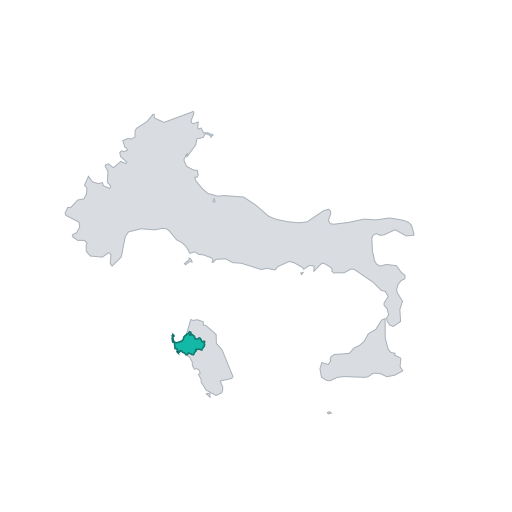 Italy, with Sassari highlighted, rotated 331°
{"feature_id": "ITA-5374", "entity_name": "Sassari", "entity_type": "Province", "adm_level": 1, "iso_a3": "ITA", "parent_name": "Italy", "parent_adm1": "", "projection": "albers", "projection_center": [8.617, 40.716], "detail": "fine", "context": "in_parent", "style": "filled", "palette": "teal", "viewbox_px": 512, "rotation_deg": 331, "n_neighbors": 0, "source": "natural_earth", "source_scale": "10m", "svg_char_len": 6117}
<svg xmlns="http://www.w3.org/2000/svg" viewBox="0 0 512 512"><g transform="rotate(331 256 256)"><path d="M115.0,122.2L117.5,123.8L127.2,120.6L133.1,122.6L137.9,119.5L141.1,114.6L140.4,110.9L148.1,105.1L148.9,111.8L153.2,116.3L157.4,117.5L156.4,120.2L160.6,125.8L162.2,125.2L162.8,124.2L161.7,119.5L167.5,110.4L167.7,104.1L168.7,103.4L171.6,103.8L174.0,109.7L183.6,107.7L187.0,112.1L188.5,111.2L185.8,103.6L186.9,99.6L189.4,98.9L191.3,100.7L195.0,101.2L195.1,98.8L194.1,97.3L195.3,90.6L200.8,91.1L204.1,93.4L207.9,93.2L211.0,87.8L213.5,86.4L225.8,85.6L234.8,82.1L235.6,82.8L234.1,85.4L234.7,87.0L240.4,94.6L271.3,99.2L270.9,101.1L264.7,106.4L264.3,108.3L265.4,109.9L270.4,110.8L267.2,115.6L267.3,117.3L270.0,117.4L269.9,123.1L273.3,124.6L277.2,129.3L273.6,130.4L275.0,129.0L271.1,124.4L267.3,126.7L261.1,124.9L257.2,129.6L243.2,136.0L245.6,133.3L244.5,133.3L239.5,136.9L238.7,143.8L242.9,150.4L246.2,152.7L244.9,156.9L243.1,158.5L240.5,157.5L239.9,161.2L241.7,171.0L244.2,177.9L251.7,185.3L257.1,187.5L273.7,198.4L280.4,211.2L286.4,227.5L291.1,233.4L300.6,241.6L309.2,247.5L317.0,250.9L336.9,249.2L342.1,250.2L342.9,252.9L342.1,254.9L336.6,260.0L336.5,263.7L339.6,266.0L353.8,271.7L368.3,276.1L378.4,282.6L391.3,287.5L401.9,296.0L405.8,300.7L406.9,304.5L405.3,311.5L404.3,314.4L397.1,311.3L390.4,300.4L378.1,299.6L374.4,298.0L372.1,294.7L368.2,294.7L365.8,296.8L360.2,308.2L357.4,317.9L357.5,321.7L359.8,325.1L365.9,326.6L374.1,332.5L375.1,340.7L376.9,345.2L375.1,348.1L371.2,347.8L366.3,349.9L362.9,353.3L361.7,356.3L362.2,366.6L355.8,372.6L350.7,383.4L341.9,384.2L339.5,381.2L339.1,376.5L340.3,373.4L343.5,371.8L345.1,365.5L344.1,361.2L345.2,359.2L352.0,355.6L351.8,349.5L348.9,346.9L345.8,336.0L335.4,315.3L332.5,313.4L325.0,313.4L315.7,308.4L315.0,306.1L316.3,303.7L315.1,300.7L311.9,295.4L309.9,294.3L299.2,297.4L302.0,292.8L297.9,290.2L291.2,290.7L291.2,288.7L285.9,280.2L282.4,276.9L270.0,275.8L266.1,277.5L259.7,272.2L254.1,270.4L239.5,255.1L232.5,250.6L228.1,243.8L219.4,239.5L215.6,240.8L214.6,239.9L216.6,238.5L216.1,235.9L210.2,229.2L206.8,227.0L204.3,222.6L199.5,221.7L199.5,213.7L197.6,208.1L194.4,203.4L192.3,192.0L190.9,188.8L187.4,186.4L179.7,183.8L168.9,176.6L156.2,173.1L151.0,175.7L137.7,191.5L125.2,195.1L124.9,191.8L129.8,184.5L128.8,181.7L121.1,182.5L111.1,175.7L109.8,169.7L112.7,164.2L114.5,162.9L113.6,159.2L107.6,155.9L105.2,150.9L105.1,149.2L106.6,148.3L110.2,148.7L115.9,145.3L117.6,140.6L109.4,128.3L109.8,125.9L115.0,122.2ZM246.8,188.6L247.1,185.6L244.6,187.6L245.4,188.9L246.8,188.6ZM338.6,373.4L329.2,390.4L326.4,401.7L327.2,405.8L330.5,408.6L329.1,409.9L332.7,414.8L332.8,416.3L328.4,422.5L328.7,427.6L319.5,427.5L311.9,425.0L307.9,419.4L304.8,417.1L301.6,415.4L295.2,415.9L292.3,414.9L274.7,404.2L268.0,401.5L260.3,401.1L257.2,398.7L254.5,393.7L257.2,385.7L261.9,381.1L266.6,385.9L270.5,384.0L270.6,382.4L273.2,380.3L276.7,380.1L290.3,386.4L297.1,384.0L303.5,384.4L309.2,383.1L316.5,378.5L325.2,378.3L334.9,372.9L338.6,373.4ZM178.5,292.4L183.1,305.3L179.0,313.1L180.8,321.6L177.4,350.4L175.4,351.3L164.1,348.0L163.3,354.6L161.8,357.3L159.6,359.0L153.4,358.6L147.4,349.2L146.9,339.8L148.2,337.1L148.3,331.7L150.6,331.4L150.8,327.8L149.5,325.8L147.2,325.1L147.2,321.1L148.8,317.9L148.9,312.5L145.8,305.4L141.7,300.3L142.6,291.5L146.1,293.8L151.5,293.7L157.8,290.3L168.1,279.9L169.5,281.7L173.9,283.4L178.0,287.9L176.5,290.8L178.5,292.4ZM196.6,225.4L197.6,227.5L197.3,230.3L195.2,228.7L190.2,229.5L189.6,228.0L195.8,226.7L196.6,225.4ZM149.0,353.8L147.5,357.2L145.8,352.8L146.1,352.2L149.0,353.8ZM145.7,285.2L143.3,288.8L142.1,288.7L145.1,284.5L145.7,285.2ZM245.7,429.9L242.7,429.2L242.5,427.6L244.9,427.8L245.7,429.9ZM289.3,293.2L286.9,294.4L286.9,292.6L289.3,293.2Z" fill="#d9dde1" stroke="#a8b0b8" stroke-width="1"/><path d="M146.8,308.4L146.9,308.0L146.8,307.4L146.5,306.5L146.2,305.7L145.8,305.4L145.3,305.1L145.1,304.4L145.0,303.6L144.8,302.8L144.3,302.2L143.7,302.3L142.3,303.1L141.8,302.8L142.1,302.2L142.3,301.7L141.8,301.5L141.3,301.9L141.1,302.5L140.9,303.3L140.7,302.8L140.6,302.3L140.4,301.4L140.4,301.2L140.8,301.0L141.3,300.7L141.6,300.2L141.6,299.4L141.8,299.2L141.7,298.9L141.4,298.9L141.1,298.6L140.8,298.0L140.6,297.8L140.3,297.7L142.2,293.1L142.4,292.6L142.4,292.0L142.2,291.5L141.8,291.3L141.4,291.0L141.5,290.4L141.8,289.8L142.0,289.4L142.3,289.8L142.5,289.8L142.9,290.1L142.9,290.4L142.8,290.8L142.7,291.2L142.8,291.6L144.0,293.1L144.8,293.6L147.6,294.0L149.1,294.5L149.7,294.5L150.2,294.4L152.1,293.6L152.6,293.1L153.1,292.6L153.2,292.1L155.0,291.3L155.6,291.3L156.0,291.3L156.4,291.5L157.6,290.6L158.8,290.9L159.4,290.8L159.7,290.7L160.7,290.0L160.9,290.0L161.0,290.0L161.5,290.2L161.8,290.7L162.0,291.3L161.9,291.9L161.6,292.2L161.1,292.4L159.9,292.4L159.8,292.5L159.8,293.0L160.0,293.4L160.1,293.5L160.3,293.6L161.7,293.5L161.9,293.6L162.1,293.7L162.2,293.9L163.1,295.9L163.1,296.2L163.0,298.1L162.9,298.3L162.6,298.8L162.6,299.0L162.7,299.3L162.9,299.4L165.4,300.5L165.8,300.4L166.2,300.1L166.5,300.0L166.9,300.2L167.1,300.5L167.4,301.4L167.4,302.1L167.4,302.8L167.2,303.5L167.2,303.9L167.3,304.2L167.3,304.6L167.4,305.0L167.6,305.2L167.9,305.3L169.1,305.2L169.4,305.4L169.7,305.9L169.5,306.2L168.9,306.6L168.6,307.0L168.5,307.4L168.3,308.3L168.2,308.5L167.6,308.8L167.5,309.0L167.3,309.6L167.2,309.8L164.0,311.1L163.6,311.4L163.2,312.0L162.5,311.6L161.0,309.8L159.4,309.2L158.8,309.1L158.7,309.0L158.7,308.9L158.5,308.6L158.4,308.4L158.1,308.4L157.7,308.7L157.7,308.9L157.8,309.3L157.8,309.7L157.6,310.0L155.5,310.6L155.0,310.8L154.0,311.9L153.7,312.0L153.4,312.0L153.1,311.9L152.8,311.7L152.7,311.6L152.5,311.4L152.0,310.9L151.8,310.7L151.4,309.7L150.4,308.5L149.9,308.1L149.6,308.0L149.4,308.1L148.9,308.7L148.4,308.9L147.8,309.0L147.3,308.8L146.8,308.4ZM143.9,286.6L143.3,287.1L143.3,288.0L143.2,288.8L142.2,288.7L142.4,288.4L142.5,288.1L142.6,287.8L142.6,287.4L142.7,287.2L143.1,286.8L143.5,286.4L143.9,286.2L144.0,285.8L143.9,285.4L144.0,285.0L144.6,285.0L144.7,284.9L144.8,284.7L145.2,284.3L145.2,284.6L145.3,284.8L145.4,285.0L145.6,285.3L145.7,285.7L145.6,286.1L145.4,286.4L143.9,286.6Z" fill="#14b8a6" stroke="#0f766e" stroke-width="1.5"/></g></svg>